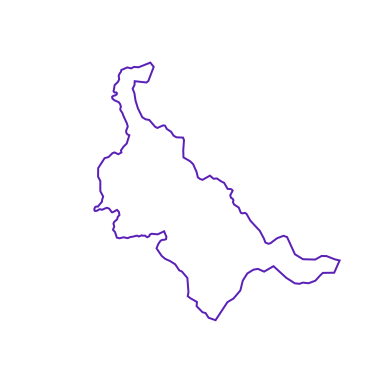 Bria, Haute-Kotto, Central African Republic (Mercator projection), rotated 150°
{"feature_id": "33826404B18938631147464", "entity_name": "Bria", "entity_type": "district", "adm_level": 2, "iso_a3": "CAF", "parent_name": "Central African Republic", "parent_adm1": "Haute-Kotto", "projection": "mercator", "projection_center": [22.039, 6.617], "detail": "fine", "context": "isolated", "style": "outline", "palette": "violet", "viewbox_px": 384, "rotation_deg": 150, "n_neighbors": 0, "source": "geoboundaries", "source_scale": "gbopen_adm2", "svg_char_len": 2629}
<svg xmlns="http://www.w3.org/2000/svg" viewBox="0 0 384 384"><g transform="rotate(150 192 192)"><path d="M250.9,160.9L250.2,151.8L248.7,147.6L245.5,143.1L242.7,137.8L242.2,130.5L240.5,128.2L239.0,119.9L245.1,107.1L247.8,103.9L246.5,100.8L242.7,94.3L245.1,90.8L243.0,82.6L240.8,80.4L240.5,74.8L235.7,69.2L216.4,78.9L209.3,79.0L199.3,82.6L192.3,89.9L184.8,93.8L177.6,94.0L173.3,92.4L169.4,87.0L158.5,87.0L153.3,70.6L148.6,61.5L144.7,58.7L141.3,58.1L136.7,54.7L129.5,53.5L122.6,55.7L119.1,56.5L109.2,51.0L98.4,58.9L102.1,62.4L107.5,69.2L111.7,71.8L119.1,71.9L129.5,78.3L134.0,86.6L133.0,97.0L132.2,105.4L134.6,108.3L141.4,109.4L145.1,109.0L149.6,108.4L151.8,109.0L153.7,111.6L153.0,115.8L152.7,124.6L153.5,127.8L155.8,138.0L155.7,145.6L156.5,147.4L159.0,148.3L160.0,149.3L160.0,150.4L159.3,155.2L161.8,160.1L161.6,162.9L160.3,164.0L160.1,165.6L161.1,167.6L160.5,170.1L156.1,172.8L156.4,174.4L157.4,175.5L159.6,176.9L159.6,183.9L161.3,186.4L163.7,191.3L166.7,192.7L168.3,197.2L176.9,197.3L178.7,199.6L179.6,201.8L178.0,207.1L177.1,215.6L178.4,219.9L182.1,226.2L178.6,232.7L173.0,240.9L172.6,243.6L178.2,247.2L179.8,250.1L180.0,254.6L182.3,259.2L182.2,262.9L183.6,264.1L190.0,264.8L191.3,266.9L193.0,275.8L195.8,278.1L197.7,281.7L197.6,282.7L197.0,291.6L195.2,299.4L192.5,306.3L191.7,311.2L188.3,313.4L186.2,316.6L176.7,309.6L174.4,309.9L162.6,319.5L163.4,324.9L175.8,326.7L179.7,329.3L182.9,329.5L185.7,332.2L192.2,333.0L193.3,331.7L195.6,330.7L197.4,329.3L198.7,326.0L201.2,324.3L205.5,323.3L209.6,318.4L209.3,316.9L207.9,316.2L207.6,315.1L208.4,314.2L210.1,314.0L211.8,314.6L213.4,314.5L214.2,313.0L213.5,310.5L210.6,306.5L210.3,304.1L210.9,301.4L212.5,300.0L213.0,298.7L212.8,295.2L213.3,292.4L214.1,283.9L214.9,280.8L218.6,277.8L219.3,275.9L219.1,274.2L217.9,272.5L224.3,266.6L228.6,265.5L232.7,263.6L233.4,261.5L237.0,261.6L239.3,265.0L241.4,265.4L246.8,264.0L250.8,265.0L261.3,259.6L265.7,252.2L265.9,247.4L271.0,238.5L271.2,232.5L273.8,230.1L274.9,228.6L280.9,226.4L282.2,227.3L283.5,227.3L285.0,226.2L285.6,225.0L285.6,224.2L283.9,223.3L281.5,223.3L280.2,223.1L278.9,221.6L275.9,221.3L273.6,220.9L272.0,218.9L271.6,214.6L270.9,214.1L265.9,214.0L265.3,211.4L266.3,208.4L268.8,207.5L270.5,205.8L274.4,205.0L275.9,203.8L276.6,201.0L279.3,198.8L278.7,195.7L279.9,190.1L278.0,188.2L273.9,187.0L270.8,184.2L267.8,183.8L265.3,182.8L262.6,182.1L261.1,181.4L260.4,180.1L258.9,179.8L257.3,179.7L256.3,178.6L254.6,177.8L253.4,175.2L251.0,175.1L249.9,176.2L247.8,176.0L242.9,172.5L235.8,171.9L236.6,165.9L238.1,164.1L239.9,164.5L242.0,165.5L243.9,165.4L247.4,163.7L250.9,160.9Z" fill="none" stroke="#5b21b6" stroke-width="2"/></g></svg>